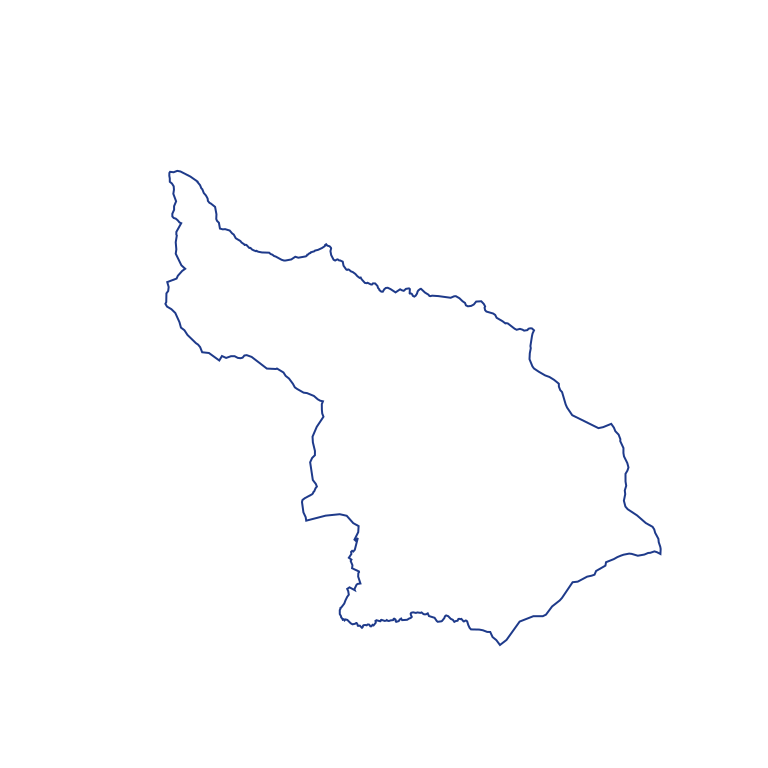 Sinca Noua, Brasov, Romania, rotated 236°
{"feature_id": "2599482B61334346881644", "entity_name": "Sinca Noua", "entity_type": "district", "adm_level": 2, "iso_a3": "ROU", "parent_name": "Romania", "parent_adm1": "Brasov", "projection": "robinson", "projection_center": [25.297, 45.691], "detail": "fine", "context": "isolated", "style": "outline", "palette": "blue", "viewbox_px": 768, "rotation_deg": 236, "n_neighbors": 0, "source": "geoboundaries", "source_scale": "gbopen_adm2", "svg_char_len": 6156}
<svg xmlns="http://www.w3.org/2000/svg" viewBox="0 0 768 768"><g transform="rotate(236 384 384)"><path d="M223.9,550.1L225.7,541.5L227.5,537.1L252.9,522.6L262.1,522.6L265.5,523.2L277.7,527.1L280.4,526.7L284.0,527.5L286.5,529.1L292.4,527.3L297.3,525.1L301.0,522.4L307.6,519.2L313.0,517.0L315.6,516.9L323.2,518.5L328.0,522.1L331.6,525.7L333.6,526.6L341.0,533.5L342.8,535.4L344.6,538.4L347.4,537.7L348.4,536.4L349.0,534.7L348.5,533.0L349.9,530.0L351.6,529.2L353.7,527.5L354.8,524.3L356.8,523.2L365.0,520.5L366.3,519.1L366.4,518.5L369.7,517.4L375.9,514.4L379.1,514.8L381.4,513.9L386.8,509.4L388.6,509.1L391.0,510.0L391.7,511.2L394.5,511.5L398.2,510.9L400.8,506.5L399.7,502.9L400.0,499.9L401.5,497.0L403.4,495.9L405.9,496.5L408.7,495.4L412.9,494.5L416.6,492.7L417.5,491.2L418.2,487.5L426.5,478.2L430.3,473.3L430.9,471.6L431.6,470.9L433.2,470.8L436.9,469.1L442.2,467.9L442.5,467.4L442.4,464.9L441.9,463.6L440.5,461.9L439.5,459.6L439.5,458.0L441.0,457.2L442.7,457.5L443.6,457.2L444.2,456.8L444.4,456.1L444.9,456.0L448.2,458.5L449.3,458.2L450.6,455.4L450.2,452.5L451.6,451.3L453.5,450.3L453.5,444.8L459.0,442.5L461.7,440.9L462.6,439.2L462.4,437.2L461.2,434.6L462.1,433.4L464.3,432.7L465.0,433.0L467.1,432.8L468.9,433.4L472.3,432.9L473.6,431.1L473.2,429.6L474.0,428.7L477.1,427.0L477.2,426.1L478.5,424.7L483.3,424.0L485.3,424.2L485.6,423.1L488.3,422.2L491.3,421.8L494.3,420.7L495.8,419.6L498.3,418.9L499.1,418.3L499.2,417.2L500.1,416.7L504.7,416.6L508.5,418.2L511.0,416.7L511.5,415.9L513.2,415.3L513.5,414.6L513.7,412.5L515.2,411.7L520.4,412.3L524.1,413.9L526.0,416.0L526.7,416.2L528.6,415.9L530.4,414.4L532.2,414.2L532.1,412.8L531.6,412.6L531.4,411.6L531.4,408.7L532.1,404.3L533.2,401.4L533.0,400.4L534.1,397.0L533.7,396.2L534.1,395.3L533.8,393.2L534.1,392.7L533.6,391.9L533.5,390.6L536.6,383.6L539.1,381.6L539.1,376.8L541.4,371.5L542.2,370.2L544.2,368.6L550.2,365.5L551.6,364.4L553.6,363.8L555.1,362.7L557.1,362.2L561.3,356.4L564.1,353.6L565.7,352.8L565.7,352.1L567.7,350.7L569.3,349.8L571.5,349.4L572.1,348.4L576.2,347.7L576.7,347.3L577.2,346.2L578.0,346.2L581.0,345.0L582.8,344.9L587.7,342.6L591.9,343.0L593.8,342.3L597.5,341.9L601.2,338.9L602.4,336.8L604.6,334.9L610.0,337.3L612.7,336.8L614.6,337.2L618.4,340.0L625.3,343.0L630.6,341.3L631.8,340.6L634.3,340.4L636.2,341.4L637.5,341.6L640.0,341.8L643.1,341.4L647.1,342.3L648.4,342.0L651.7,342.7L655.9,342.3L656.1,342.6L664.2,339.5L674.0,334.1L676.3,331.8L677.2,328.0L679.5,325.3L679.0,324.1L676.6,322.4L674.3,321.4L671.4,319.5L668.8,320.3L665.5,320.2L662.5,318.5L659.5,315.7L651.7,313.8L648.8,309.4L645.8,307.4L643.5,303.7L641.2,302.2L639.2,302.5L637.6,303.8L635.1,304.5L632.3,304.8L630.7,305.8L626.2,296.9L624.0,295.4L623.0,295.3L618.0,290.6L611.7,287.1L608.5,284.2L595.7,282.4L590.7,283.6L590.6,279.9L589.0,273.6L587.4,271.0L589.7,261.3L584.8,259.7L581.8,257.1L580.8,254.3L573.7,249.3L572.7,247.6L569.5,247.4L564.9,249.6L559.6,250.7L549.6,249.0L544.3,247.2L540.2,248.6L534.6,248.5L523.1,250.9L520.6,251.9L517.4,252.2L512.0,251.0L507.6,256.2L495.6,260.6L497.8,265.3L493.9,267.7L492.6,272.7L490.6,275.7L487.4,277.4L485.6,279.5L484.9,281.5L485.7,284.2L484.7,286.3L480.5,289.4L462.3,295.5L456.8,302.9L456.7,303.9L449.8,307.1L445.7,307.0L441.7,308.3L435.0,308.6L431.1,308.2L428.5,309.2L421.8,312.5L419.5,315.1L413.3,319.2L408.4,320.5L405.8,321.8L403.8,323.7L402.1,321.2L397.4,318.1L394.1,316.3L390.7,315.5L386.1,304.3L380.3,295.3L375.4,292.4L367.1,289.3L363.6,286.9L362.9,283.1L360.4,279.0L344.2,271.3L339.2,271.6L336.5,271.0L335.9,269.0L334.0,266.1L334.0,265.3L333.0,263.7L332.8,262.5L333.6,254.8L333.5,252.1L333.4,251.5L332.0,250.0L322.6,245.4L317.4,244.6L314.2,243.1L307.5,262.0L300.8,274.5L295.6,279.4L285.8,280.7L280.4,283.5L275.6,279.8L271.5,272.5L269.8,272.9L271.0,276.2L262.9,267.1L262.3,264.8L263.5,264.3L263.2,262.8L261.3,261.9L259.6,257.7L256.6,258.8L255.9,257.4L251.4,256.5L249.1,254.5L242.6,258.4L242.0,258.1L241.5,256.9L238.8,254.9L231.8,252.9L233.0,250.4L233.0,249.1L230.5,244.8L229.4,244.5L234.7,241.7L234.7,238.9L232.3,238.5L229.0,237.0L228.2,234.6L226.2,231.1L224.2,228.3L222.8,224.2L222.6,222.5L222.1,222.4L221.3,220.9L218.0,218.7L215.4,218.5L214.5,218.0L212.9,218.2L210.7,217.8L211.7,218.4L211.7,218.9L211.0,219.4L210.1,219.2L210.3,220.5L208.9,221.7L204.2,222.6L202.4,223.5L201.4,225.9L201.4,227.3L201.2,227.6L199.5,227.6L198.3,227.1L198.0,227.2L197.2,228.8L194.2,229.4L194.4,230.4L195.4,231.6L195.4,232.3L194.7,233.7L193.6,234.7L193.8,235.9L193.4,236.5L192.7,237.2L190.8,237.2L190.3,237.7L190.7,239.8L189.8,240.0L189.7,240.4L190.7,243.6L191.7,244.4L192.3,244.4L192.4,245.6L189.4,248.2L189.4,248.7L190.0,249.4L189.9,250.0L187.2,252.1L186.5,253.8L186.7,254.3L185.3,254.9L184.6,256.0L184.4,257.2L183.2,259.4L183.1,259.9L183.9,260.7L183.8,261.2L182.5,261.8L181.7,261.7L180.6,261.0L180.0,261.1L179.2,263.6L180.0,265.5L179.7,266.2L179.9,267.0L178.1,267.0L175.6,271.3L175.5,273.8L175.1,275.2L175.4,276.8L177.7,277.2L178.7,277.7L179.1,278.7L178.4,280.5L176.4,282.4L175.9,284.0L173.9,286.2L173.6,287.4L171.1,288.1L170.2,289.0L169.6,290.0L169.4,292.0L166.5,291.5L161.9,295.2L158.0,295.2L156.8,295.6L155.2,298.8L155.1,299.6L156.2,303.1L157.3,304.6L157.4,306.1L155.6,307.4L152.0,308.0L150.0,309.2L147.5,309.3L147.3,311.1L146.6,312.6L147.6,314.3L147.3,315.0L146.3,315.9L146.0,316.8L142.7,317.2L142.4,317.7L142.3,319.4L141.8,319.9L140.7,320.2L137.1,319.1L134.0,318.6L131.9,318.9L127.1,325.7L124.5,328.3L120.8,330.9L119.0,333.4L113.5,332.5L108.9,333.9L102.8,334.2L103.3,342.4L111.2,363.6L108.0,377.9L102.7,385.8L102.2,389.3L105.6,399.0L106.3,408.7L107.1,411.9L114.2,429.5L111.8,434.1L110.7,444.7L109.0,448.9L108.2,451.9L110.4,455.3L109.6,466.0L112.1,468.4L110.3,476.7L110.0,480.7L109.2,484.6L108.5,487.2L106.3,492.4L104.7,494.3L99.7,498.4L97.0,504.5L96.2,508.6L95.2,510.2L94.0,514.6L92.0,516.2L88.5,518.1L92.5,521.1L94.5,522.0L99.2,523.3L102.2,524.9L109.0,525.6L112.3,526.7L115.4,526.8L122.3,523.3L133.6,520.3L143.9,516.0L147.4,515.6L153.1,517.6L157.8,522.4L161.1,524.1L164.2,527.9L168.1,529.7L174.5,534.0L176.1,537.4L178.1,540.0L182.4,541.5L189.8,542.5L192.9,543.9L197.0,546.7L204.5,547.9L206.1,549.1L210.8,550.2L215.5,549.4L219.3,550.2L223.9,550.1Z" fill="none" stroke="#1e3a8a" stroke-width="2"/></g></svg>